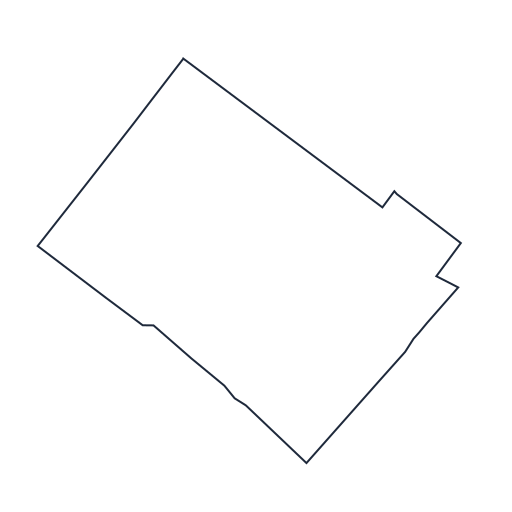 outline of Butler, Ohio, United States of America, rotated 37°
{"feature_id": "52423323B28721217330629", "entity_name": "Butler", "entity_type": "district", "adm_level": 2, "iso_a3": "USA", "parent_name": "United States of America", "parent_adm1": "Ohio", "projection": "robinson", "projection_center": [-84.591, 39.442], "detail": "fine", "context": "isolated", "style": "outline", "palette": "slate", "viewbox_px": 512, "rotation_deg": 37, "n_neighbors": 0, "source": "geoboundaries", "source_scale": "gbopen_adm2", "svg_char_len": 514}
<svg xmlns="http://www.w3.org/2000/svg" viewBox="0 0 512 512"><g transform="rotate(37 256 256)"><path d="M75.6,379.4L161.7,379.7L207.2,379.5L215.9,373.1L266.0,376.7L308.8,378.6L324.6,382.5L337.8,381.4L420.9,391.0L429.5,282.4L432.8,242.8L431.6,227.2L432.3,219.2L432.9,206.3L436.4,159.4L412.2,163.6L411.8,122.4L331.2,121.8L327.5,121.0L327.7,141.1L79.1,142.1L79.2,142.5L79.2,143.4L79.0,159.8L78.8,183.4L78.7,193.3L78.5,223.7L77.2,301.1L75.7,375.5L75.6,379.4Z" fill="none" stroke="#1e293b" stroke-width="2"/></g></svg>